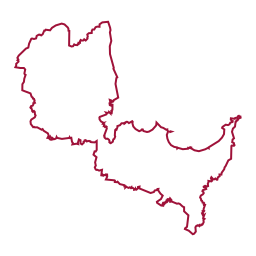 Cirebon, Jawa Barat, Indonesia
{"feature_id": "22746128B77544549346240", "entity_name": "Cirebon", "entity_type": "district", "adm_level": 2, "iso_a3": "IDN", "parent_name": "Indonesia", "parent_adm1": "Jawa Barat", "projection": "orthographic", "projection_center": [108.584, -6.761], "detail": "fine", "context": "isolated", "style": "outline", "palette": "rose", "viewbox_px": 256, "rotation_deg": 0, "n_neighbors": 0, "source": "geoboundaries", "source_scale": "gbopen_adm2", "svg_char_len": 5862}
<svg xmlns="http://www.w3.org/2000/svg" viewBox="0 0 256 256"><path d="M235.0,126.6L235.6,121.7L236.0,121.7L236.5,120.5L237.4,120.5L237.9,119.8L237.6,119.3L238.4,118.7L240.6,117.7L240.4,116.5L239.5,116.5L238.9,115.8L238.0,116.2L237.4,117.5L235.1,118.0L234.7,118.8L230.9,118.3L230.8,119.5L231.8,120.9L232.7,121.1L232.5,122.0L230.3,122.7L229.5,124.3L228.0,125.1L225.7,124.7L222.5,126.9L222.1,127.9L224.3,129.4L224.0,134.1L222.0,137.6L218.7,141.1L208.7,147.3L208.7,148.2L208.1,147.8L205.2,149.3L198.9,151.2L194.5,150.3L191.2,148.4L191.3,147.5L190.3,147.2L190.1,148.1L188.1,147.8L188.0,148.7L182.8,149.2L177.8,147.8L177.2,148.4L177.0,147.4L174.2,146.9L171.0,145.1L168.8,142.1L167.4,138.6L166.8,134.9L168.2,131.3L167.3,130.4L167.3,129.4L166.0,129.6L163.3,127.9L161.0,127.2L156.5,122.5L156.2,125.4L152.5,129.6L149.0,131.6L147.0,132.0L143.4,131.0L142.7,129.4L141.7,129.5L141.1,130.4L139.2,131.2L135.5,129.0L133.3,126.5L132.4,123.2L132.7,121.8L132.2,121.2L128.9,123.1L127.5,121.9L126.5,121.8L125.0,122.6L125.2,123.1L124.2,123.8L124.1,123.6L123.8,123.2L121.5,123.3L120.0,125.2L117.4,126.1L117.4,127.4L116.5,129.7L115.9,129.3L115.2,130.0L114.8,135.4L115.2,136.5L114.3,138.8L113.3,139.4L112.8,141.7L110.7,143.2L109.9,142.8L109.3,142.1L109.6,141.3L109.0,139.8L107.6,138.7L105.9,138.8L104.5,137.5L104.6,136.1L104.1,135.8L106.8,128.5L106.6,127.6L105.8,127.1L106.4,126.6L106.0,126.3L104.9,126.9L104.5,126.1L103.8,126.1L104.3,124.4L102.9,123.9L103.6,123.1L103.0,123.3L103.2,122.6L101.0,121.5L99.6,119.4L99.4,117.5L99.8,116.9L106.4,114.4L106.8,113.6L106.1,112.6L107.3,112.9L108.9,112.5L109.0,112.0L110.6,113.6L110.6,112.6L111.7,113.0L111.9,111.4L111.4,110.7L112.4,109.8L112.5,104.7L110.4,104.2L110.5,105.4L109.8,105.1L109.5,103.2L110.4,102.7L109.8,99.9L111.6,100.6L112.1,101.9L113.2,101.5L113.8,100.1L118.2,97.6L115.5,83.9L116.4,78.0L117.3,77.3L113.4,68.7L113.8,67.9L110.0,54.1L109.8,46.2L111.3,40.9L109.9,32.4L110.5,30.1L110.1,27.7L108.1,21.8L102.3,22.4L99.6,24.3L99.5,26.8L97.3,26.6L95.6,27.2L94.2,29.5L92.5,29.5L91.8,30.8L91.7,33.0L88.8,33.2L87.3,34.5L87.8,36.7L87.3,37.6L87.5,38.6L85.7,40.5L84.2,39.3L83.5,40.4L81.7,40.6L80.7,40.0L79.9,41.4L80.0,42.8L78.5,42.8L78.6,44.1L77.7,44.2L77.4,45.1L75.3,45.0L74.2,44.4L73.1,46.2L71.6,46.5L69.1,45.5L69.3,30.9L68.5,30.7L68.4,28.7L67.8,27.5L64.5,24.4L61.7,23.6L55.8,25.4L52.0,27.8L50.1,30.3L45.7,29.7L45.2,30.5L44.3,30.5L42.7,34.2L41.4,35.2L41.9,35.3L42.1,35.4L40.9,35.3L39.8,34.6L38.7,34.7L36.7,35.9L36.1,38.4L34.0,39.0L32.0,38.5L31.3,38.8L29.1,43.6L28.3,47.6L25.9,48.6L18.7,55.6L17.4,57.9L18.3,59.4L17.6,60.1L18.3,60.4L18.5,61.6L16.2,63.8L16.2,65.6L15.4,67.2L20.2,68.0L23.9,68.0L25.2,69.5L24.4,73.4L24.8,74.4L25.6,74.9L24.3,78.6L23.9,81.9L22.4,84.2L22.3,90.3L30.5,93.4L31.6,96.7L32.8,97.6L32.9,98.6L34.0,98.9L34.6,100.5L34.2,101.2L34.9,102.8L33.3,103.2L33.4,104.4L32.6,105.7L31.1,106.1L30.4,107.5L30.7,108.0L31.4,108.0L32.0,110.1L32.8,110.9L32.4,111.4L32.9,111.9L34.0,111.0L34.7,111.7L35.0,114.6L35.6,115.3L34.8,117.3L31.3,119.6L30.5,121.3L30.8,124.0L33.2,127.2L34.1,126.9L34.7,127.3L37.2,127.3L41.6,129.7L42.6,129.1L43.6,130.7L47.9,133.4L48.7,135.7L47.5,137.9L48.8,138.1L49.6,137.3L49.4,138.7L50.3,139.6L51.5,139.7L51.6,139.1L52.1,139.1L51.8,138.2L52.4,138.7L52.5,138.1L53.0,138.5L52.5,139.3L54.7,139.1L56.2,138.3L56.6,137.0L57.1,137.9L61.9,138.9L69.6,137.9L69.7,137.4L70.2,138.1L71.3,137.8L72.0,141.8L72.9,143.0L72.4,144.4L76.4,143.7L78.1,144.1L77.8,143.1L78.9,139.4L80.5,140.2L80.5,143.4L82.0,144.4L83.8,142.7L83.6,141.8L84.6,141.2L84.6,140.4L85.3,140.1L86.4,140.6L86.7,141.4L89.0,140.9L90.4,141.3L90.5,142.0L91.6,142.2L94.7,142.4L96.7,141.0L96.7,149.9L95.7,151.5L94.6,151.4L93.5,154.7L96.5,157.2L95.1,162.4L95.8,165.6L94.8,167.3L95.6,169.3L96.3,169.9L97.4,169.8L99.1,170.6L102.0,169.8L101.3,175.3L103.0,175.6L102.8,174.7L103.4,175.3L104.2,174.9L105.8,175.3L106.0,174.4L107.1,174.5L107.2,176.6L105.9,179.5L114.3,180.3L114.9,180.6L114.8,182.0L117.0,182.2L117.6,181.7L119.8,184.1L124.4,185.2L124.4,186.3L125.4,186.2L125.3,187.6L126.2,186.8L128.6,187.9L129.8,187.3L130.7,188.0L131.4,187.3L131.5,188.1L132.6,187.8L134.1,188.9L134.1,189.8L135.0,189.6L135.4,188.8L135.6,189.5L136.4,189.7L138.0,188.1L138.0,187.0L139.5,186.6L139.3,188.4L150.6,193.0L153.9,192.0L154.7,190.5L156.8,190.1L157.4,189.0L158.4,188.9L158.1,190.1L158.7,191.1L160.5,193.7L162.7,195.6L161.0,199.0L156.9,201.8L157.1,202.8L161.1,205.5L162.8,205.7L162.4,204.6L162.9,203.3L164.1,204.4L164.9,203.4L164.3,203.3L164.2,202.6L165.1,202.5L165.5,201.9L166.5,202.4L167.0,202.1L167.9,200.9L166.6,200.7L166.6,200.2L168.0,199.5L167.9,199.1L169.6,199.1L170.0,198.3L171.2,199.8L169.4,200.6L170.1,201.0L170.2,201.8L171.6,201.5L177.0,203.7L178.3,203.4L179.8,203.9L182.6,206.5L184.1,207.2L184.1,211.3L188.4,215.3L187.0,226.8L185.1,228.3L184.9,229.0L188.8,230.7L192.8,234.2L194.0,233.8L195.8,231.6L195.4,227.3L196.3,225.9L197.6,225.3L198.1,225.8L199.3,225.0L199.7,225.9L200.2,225.3L201.0,225.3L201.4,224.5L202.1,224.8L202.6,224.4L203.7,222.1L203.4,219.9L204.5,218.9L203.1,218.1L204.3,214.9L203.1,215.7L202.0,213.2L202.4,213.0L203.0,213.5L202.7,211.2L203.9,211.4L204.2,210.9L203.5,210.3L203.7,208.6L205.0,205.0L203.1,205.0L204.2,204.4L204.2,203.2L203.8,202.7L202.6,202.7L202.1,200.9L201.2,200.5L201.1,199.2L200.1,197.4L200.8,195.6L202.9,194.3L203.7,193.2L203.6,192.4L202.4,191.2L202.8,190.2L206.2,189.0L205.7,187.5L203.8,187.2L203.7,186.6L205.1,185.8L207.2,186.5L208.1,186.1L207.8,183.6L208.5,182.2L208.4,180.9L211.4,181.4L212.0,180.8L210.9,178.2L211.4,177.2L213.4,179.4L214.1,179.4L215.4,178.5L216.6,179.7L217.3,179.7L217.9,177.3L219.6,176.3L219.5,174.5L221.4,174.6L221.7,172.7L224.2,169.2L224.6,167.4L225.6,166.1L228.3,160.4L231.1,158.8L231.4,146.0L231.9,145.5L233.9,145.8L234.5,145.1L233.9,144.1L234.0,143.2L232.2,142.2L232.6,139.5L234.0,138.3L232.0,131.8L232.9,128.6L235.0,126.6ZM169.4,132.3L171.4,131.6L170.3,131.3L169.4,132.3Z" fill="none" stroke="#9f1239" stroke-width="2"/></svg>